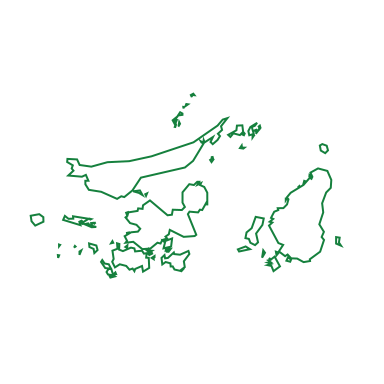 Halmahera Selatan, Maluku Utara, Indonesia, rotated 279°
{"feature_id": "22746128B2838702785556", "entity_name": "Halmahera Selatan", "entity_type": "district", "adm_level": 2, "iso_a3": "IDN", "parent_name": "Indonesia", "parent_adm1": "Maluku Utara", "projection": "robinson", "projection_center": [127.53, -0.746], "detail": "fine", "context": "isolated", "style": "outline", "palette": "green", "viewbox_px": 384, "rotation_deg": 279, "n_neighbors": 0, "source": "geoboundaries", "source_scale": "gbopen_adm2", "svg_char_len": 6121}
<svg xmlns="http://www.w3.org/2000/svg" viewBox="0 0 384 384"><g transform="rotate(279 192 192)"><path d="M170.9,273.3L155.1,285.3L154.0,290.3L145.8,286.6L146.2,284.2L142.7,285.4L146.6,287.7L143.2,294.0L145.2,296.2L142.0,300.3L142.7,306.3L140.2,313.2L142.3,319.4L144.0,318.9L153.1,327.9L165.3,329.9L167.8,327.1L173.3,328.5L180.0,322.8L192.4,324.8L201.2,322.3L212.5,324.6L217.8,328.4L225.7,327.7L234.0,322.4L235.0,312.8L229.7,306.0L225.8,308.5L223.7,307.9L224.5,306.1L216.4,301.0L206.7,289.6L201.5,286.5L199.9,288.4L194.6,287.8L190.4,284.8L189.4,279.2L187.6,280.0L185.4,276.3L178.8,274.1L178.1,276.4L174.8,273.4L174.4,276.1L170.9,273.3ZM178.0,89.8L178.0,102.3L173.5,119.1L176.7,122.8L176.4,125.9L184.2,132.9L198.2,139.3L215.1,181.2L222.9,188.2L233.4,192.5L241.6,195.8L242.5,193.5L243.5,192.7L242.4,195.4L245.2,195.4L243.0,196.7L249.6,204.1L244.3,202.5L242.5,205.0L247.4,209.1L251.6,210.9L253.6,208.5L258.0,212.0L261.5,210.4L270.5,215.4L268.3,211.0L261.6,206.9L241.3,185.7L220.9,146.4L212.6,125.1L208.2,103.8L201.3,88.6L201.1,76.8L206.2,73.4L205.2,63.8L202.1,64.0L199.7,70.1L196.4,69.5L194.5,71.6L188.9,67.2L189.9,80.9L192.3,84.5L186.9,87.9L186.4,84.9L182.9,85.5L178.0,89.8ZM156.5,130.3L151.6,135.7L150.9,142.3L147.6,146.6L144.4,144.8L142.7,138.2L137.8,132.4L133.6,135.5L131.5,134.3L133.6,141.8L127.8,151.9L129.7,159.8L136.5,165.8L136.2,169.0L139.9,170.1L142.2,174.7L143.8,172.8L146.6,175.7L151.1,176.0L146.4,190.8L148.9,201.5L150.4,202.9L169.5,191.4L172.2,192.6L172.8,201.2L175.8,202.6L175.8,204.9L184.5,208.1L181.2,209.2L193.7,207.2L198.9,203.3L200.1,198.9L202.2,199.5L200.0,196.3L203.2,197.5L202.9,195.6L199.2,192.8L199.3,188.1L190.2,182.7L180.0,184.3L176.1,187.3L172.6,184.8L171.5,175.8L166.4,175.7L165.2,171.5L177.1,151.8L171.2,145.7L167.6,145.8L167.4,141.4L164.8,141.2L161.9,132.3L158.3,131.9L156.5,130.3ZM121.6,122.6L113.6,125.1L110.6,124.1L105.5,127.7L109.3,132.0L108.7,138.6L105.5,142.4L107.1,145.3L104.8,147.5L107.1,147.9L111.1,154.2L105.7,156.1L110.3,161.6L120.2,159.6L120.0,157.0L124.5,156.8L123.6,154.2L126.2,151.8L124.4,145.1L127.3,143.9L127.5,140.4L122.8,133.0L123.7,129.0L129.3,128.4L129.6,126.0L124.3,127.3L121.6,122.6ZM122.1,172.2L115.8,174.0L118.7,176.9L118.2,181.8L115.1,182.6L115.5,184.6L112.7,186.8L112.3,192.4L116.7,196.6L122.3,194.8L130.4,199.1L133.2,197.7L128.2,190.0L127.9,184.1L129.4,183.5L123.1,178.5L122.3,175.8L125.4,174.7L122.1,172.2ZM160.6,252.2L154.8,252.0L154.6,255.5L151.0,257.6L149.4,262.6L152.6,265.1L161.0,261.8L170.5,266.7L177.1,267.0L177.4,258.8L165.6,256.6L160.6,252.2ZM143.3,36.4L138.0,38.1L134.3,42.4L139.4,49.9L143.9,49.1L146.2,44.6L143.3,36.4ZM148.5,70.2L144.3,69.1L141.8,87.0L145.0,85.4L146.4,87.4L145.2,89.2L149.4,94.2L149.4,78.3L147.1,78.9L146.2,74.2L148.5,70.2ZM136.4,278.0L134.9,280.7L134.1,278.1L133.4,281.4L131.6,278.0L131.4,282.0L126.6,284.9L132.3,290.5L141.1,283.7L137.6,280.5L138.9,278.5L137.2,279.8L136.4,278.0ZM254.1,218.8L252.4,221.3L256.4,223.7L255.7,230.4L259.4,233.1L265.7,231.3L264.6,226.0L259.9,226.2L254.1,218.8ZM139.5,173.4L131.9,172.7L134.8,179.9L143.0,179.6L139.5,173.4ZM257.9,311.0L253.1,312.7L251.2,317.5L254.4,319.8L258.8,317.8L259.7,313.2L257.9,311.0ZM125.1,98.4L121.6,99.3L120.4,103.7L116.4,105.1L119.9,107.8L124.2,105.9L125.1,98.4ZM146.6,253.5L142.5,246.3L140.6,247.8L144.6,258.2L146.6,253.5ZM261.0,238.1L257.0,239.7L259.0,243.9L265.5,240.9L267.2,243.7L270.5,245.5L265.3,239.5L261.0,238.1ZM108.7,113.1L103.3,118.2L103.6,124.0L107.6,121.1L107.7,116.9L110.8,114.0L108.7,113.1ZM99.6,120.1L97.4,121.9L97.4,126.6L95.9,123.9L94.7,124.8L96.6,129.1L97.5,127.2L103.4,124.3L102.8,121.5L99.6,120.1ZM170.0,341.4L163.6,342.4L162.3,347.6L165.1,345.0L170.0,345.0L170.0,341.4ZM143.4,90.8L141.5,98.4L142.5,102.9L143.2,96.2L144.8,94.4L143.4,90.8ZM264.8,166.2L259.8,161.7L256.0,164.6L261.8,166.0L258.3,164.3L259.9,163.1L264.8,166.2ZM183.5,133.8L182.8,139.7L181.2,143.6L185.4,140.3L183.5,133.8ZM142.5,297.0L138.9,296.0L138.5,299.9L140.7,300.4L142.5,297.0ZM145.5,271.5L138.1,271.5L143.4,273.6L145.5,271.5ZM127.4,156.3L125.6,159.4L127.7,161.7L127.4,158.0L128.9,157.6L127.4,156.3ZM132.4,175.2L130.0,175.2L132.9,179.9L131.7,177.0L132.4,175.2ZM226.5,204.9L224.6,206.6L227.5,208.1L228.5,206.9L226.5,204.9ZM265.4,166.2L266.7,170.5L268.0,170.3L268.9,167.8L265.4,166.2ZM256.8,232.2L256.2,234.4L257.9,234.9L259.1,233.5L256.8,232.2ZM245.7,233.8L242.9,232.5L242.9,235.9L244.0,236.9L243.7,234.4L245.7,233.8ZM287.6,175.7L285.7,177.0L287.8,176.5L288.0,179.3L289.3,177.9L287.6,175.7ZM108.7,69.4L106.0,70.1L108.7,70.7L108.7,69.4ZM131.8,179.5L130.1,176.4L129.1,176.5L129.3,178.2L131.8,179.5ZM278.0,172.6L275.8,172.1L278.0,174.4L278.0,172.6ZM264.5,248.2L259.4,245.9L264.7,248.8L264.5,248.2ZM161.2,130.2L159.1,131.4L161.9,131.5L161.2,130.2ZM124.2,158.2L123.1,159.7L124.9,162.3L125.7,161.8L124.2,158.2ZM122.9,165.0L120.6,162.5L119.7,164.6L120.7,164.3L121.6,165.2L122.9,165.0ZM145.5,97.2L143.7,98.0L145.9,98.6L145.5,97.2ZM259.1,168.4L255.4,168.4L255.3,168.6L257.5,169.5L259.1,168.4ZM129.2,136.5L127.3,134.8L126.6,136.7L129.2,136.5ZM115.6,90.2L112.3,90.7L117.0,91.8L115.6,90.2ZM264.0,246.5L262.7,244.3L262.0,244.9L264.0,246.5ZM227.4,305.4L225.7,305.5L225.2,306.9L226.5,307.7L227.4,305.4ZM257.4,243.0L255.2,243.3L257.3,244.3L257.4,243.0ZM142.1,135.8L141.1,133.3L141.7,135.8L142.1,135.8ZM100.6,128.9L98.9,127.6L99.1,129.8L100.6,128.9ZM182.5,146.2L181.0,147.2L183.6,147.8L182.5,146.2ZM268.2,248.6L267.1,247.6L265.0,249.1L266.0,249.6L268.2,248.6ZM131.0,121.1L128.7,120.1L129.5,122.1L131.0,121.1ZM214.7,297.1L213.0,295.8L214.1,297.5L214.7,297.1ZM256.8,165.3L253.6,164.8L253.6,165.3L255.9,165.7L256.8,165.3ZM144.6,87.1L143.3,88.7L143.8,90.0L144.7,89.5L144.6,87.1ZM120.4,84.8L118.7,84.2L119.9,85.5L120.4,84.8ZM112.3,192.8L112.1,193.9L115.6,196.2L112.3,192.8ZM119.3,68.9L117.6,69.2L119.1,70.0L119.3,68.9ZM220.6,301.1L218.7,300.9L220.4,302.2L220.6,301.1ZM139.7,172.7L139.8,170.7L138.8,171.7L139.7,172.7ZM198.6,285.9L199.8,286.4L199.9,285.7L198.6,285.9ZM229.8,206.9L229.3,205.3L228.9,207.3L229.8,206.9ZM274.7,170.1L273.2,170.5L274.7,170.7L274.7,170.1ZM146.8,101.6L145.9,99.9L145.4,100.4L146.8,101.6ZM149.5,96.7L149.7,94.1L148.9,95.9L149.5,96.7Z" fill="none" stroke="#15803d" stroke-width="2"/></g></svg>